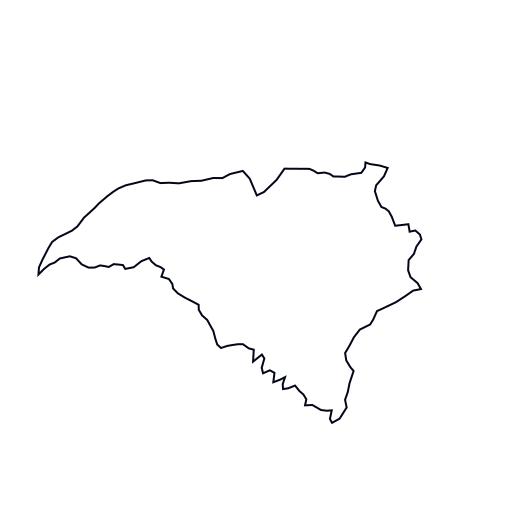 Nova América, Goiás, Brazil (Equal Earth projection), rotated 39°
{"feature_id": "56859067B62572535980819", "entity_name": "Nova América", "entity_type": "district", "adm_level": 2, "iso_a3": "BRA", "parent_name": "Brazil", "parent_adm1": "Goiás", "projection": "equal_earth", "projection_center": [-49.939, -15.045], "detail": "fine", "context": "isolated", "style": "outline", "palette": "ink", "viewbox_px": 512, "rotation_deg": 39, "n_neighbors": 0, "source": "geoboundaries", "source_scale": "gbopen_adm2", "svg_char_len": 2097}
<svg xmlns="http://www.w3.org/2000/svg" viewBox="0 0 512 512"><g transform="rotate(39 256 256)"><path d="M98.6,407.3L99.5,399.0L101.0,392.5L103.7,387.7L105.1,381.4L108.2,377.5L111.5,373.4L117.5,371.0L125.9,372.2L133.2,370.4L137.9,366.5L140.8,361.4L144.7,359.1L148.5,357.2L150.5,351.9L154.5,349.2L158.3,346.8L162.5,348.3L168.0,341.7L170.2,332.1L174.3,324.7L178.3,326.0L184.0,326.2L188.9,324.7L193.0,324.5L195.5,331.6L202.8,328.7L208.6,330.4L212.0,333.4L218.8,334.2L227.0,333.1L235.5,331.3L242.1,330.0L245.4,333.8L251.4,336.1L258.3,336.4L265.4,339.3L270.0,341.1L276.5,345.9L281.6,349.2L286.7,349.5L290.3,343.9L293.8,339.9L297.5,335.9L301.3,332.8L308.6,332.3L313.2,330.2L320.2,339.9L322.6,328.9L327.0,330.4L330.8,339.3L335.3,342.7L338.7,336.1L343.9,335.2L348.9,343.2L352.6,336.9L354.8,331.9L357.4,338.8L360.8,342.4L364.3,338.5L367.9,332.1L374.7,333.6L380.0,333.8L385.3,335.7L388.1,341.2L393.6,336.3L403.4,334.8L408.4,331.7L412.0,328.3L416.0,336.1L420.1,337.8L423.3,329.8L421.8,316.7L415.7,311.7L412.9,303.9L408.7,295.9L404.2,283.9L399.2,283.0L391.8,280.3L386.3,275.3L385.2,267.4L383.2,257.4L383.0,247.8L387.8,237.4L387.1,231.7L384.7,222.7L388.1,215.8L393.8,203.9L397.1,193.8L399.9,184.0L405.0,177.9L398.7,175.4L389.4,175.2L383.2,171.4L377.2,163.1L377.4,155.0L374.7,147.6L374.1,139.0L369.9,136.2L363.8,135.9L360.1,140.4L354.4,135.4L349.5,140.5L345.1,144.9L336.9,140.1L331.1,137.7L326.8,137.7L322.6,139.0L315.9,136.3L307.6,130.8L304.9,125.5L305.3,113.6L302.9,104.7L295.3,107.8L286.6,112.9L282.2,114.4L285.1,118.6L285.5,125.1L278.4,132.7L275.1,138.6L269.9,142.5L266.1,145.5L261.7,145.8L256.9,147.9L251.8,152.9L246.8,153.5L242.6,154.7L238.1,158.3L223.2,170.2L224.1,184.0L221.9,201.3L218.5,208.4L202.4,199.8L192.2,198.2L184.2,208.7L180.9,216.5L173.6,222.4L166.1,232.0L158.5,238.6L155.4,242.2L150.3,248.1L142.3,253.8L135.8,259.5L128.0,262.2L122.8,266.6L114.7,277.3L110.3,283.0L106.5,290.2L104.6,296.1L102.8,303.3L100.8,314.2L100.4,319.9L99.3,327.4L98.2,334.3L98.6,345.4L97.0,352.2L90.6,366.0L88.7,373.3L89.7,380.5L92.4,393.4L94.5,401.4L98.6,407.3Z" fill="none" stroke="#020617" stroke-width="2"/></g></svg>